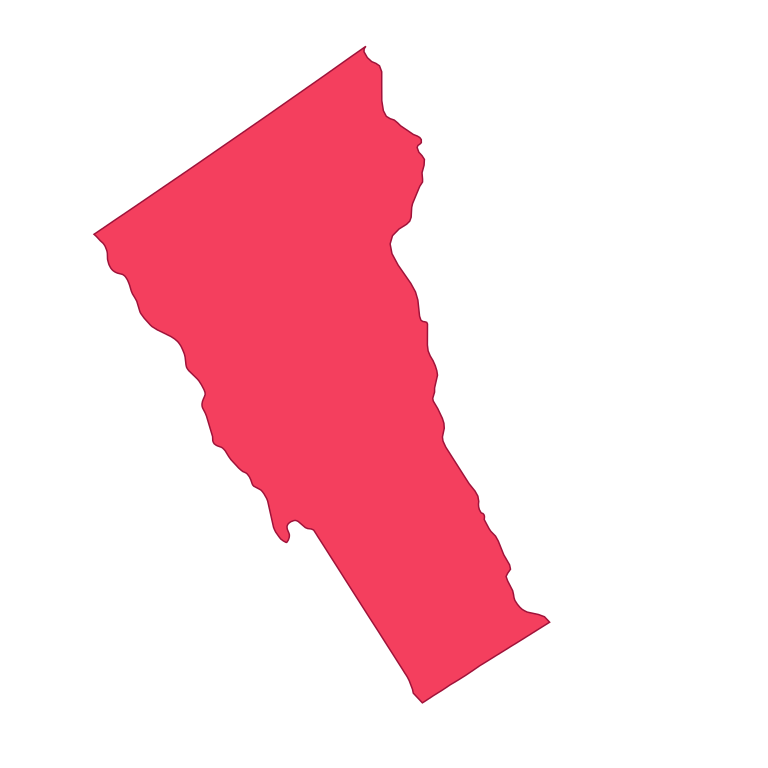 the State of Vermont, rotated 326°
{"feature_id": "USA-3540", "entity_name": "Vermont", "entity_type": "State", "adm_level": 1, "iso_a3": "USA", "parent_name": "United States of America", "parent_adm1": "", "projection": "orthographic", "projection_center": [-72.807, 43.872], "detail": "fine", "context": "isolated", "style": "filled", "palette": "rose", "viewbox_px": 768, "rotation_deg": 326, "n_neighbors": 0, "source": "natural_earth", "source_scale": "10m", "svg_char_len": 3652}
<svg xmlns="http://www.w3.org/2000/svg" viewBox="0 0 768 768"><g transform="rotate(326 384 384)"><path d="M227.3,97.7L236.6,97.7L254.5,97.6L272.3,97.6L290.2,97.5L308.1,97.4L325.9,97.3L343.8,97.2L361.6,97.0L379.5,96.8L397.4,96.6L415.2,96.4L433.1,96.2L450.9,95.9L468.8,95.6L486.6,95.3L504.5,95.0L522.4,94.6L540.2,94.2L557.8,93.9L555.0,95.0L553.2,97.4L552.7,104.1L554.1,109.9L556.6,113.7L558.2,117.7L556.7,123.9L548.8,135.6L540.6,147.9L536.3,157.1L535.6,163.4L537.5,167.5L540.1,170.9L541.4,175.4L542.1,179.1L547.9,193.6L550.3,197.1L551.5,199.7L551.6,202.2L549.9,204.8L547.8,205.2L545.5,205.2L543.7,206.5L542.5,211.4L543.2,216.0L543.1,220.4L539.6,225.0L533.6,230.2L530.5,235.8L528.9,238.1L524.2,240.1L508.6,250.4L505.7,253.1L499.8,260.9L496.4,263.4L492.1,264.2L483.2,263.9L474.0,265.8L467.4,271.3L463.5,280.4L462.2,293.3L462.5,315.6L461.6,325.3L459.0,333.4L451.4,347.7L450.3,351.7L451.1,353.8L452.7,355.3L453.9,356.8L453.6,358.6L441.8,375.9L439.1,381.2L438.0,386.5L437.7,392.1L436.7,397.6L435.2,402.6L433.3,406.6L423.7,415.6L421.4,419.0L416.4,423.1L415.3,425.7L414.8,434.5L413.2,445.1L411.7,450.1L409.2,454.4L402.8,460.6L401.0,464.3L399.9,470.9L398.8,514.2L399.6,523.7L399.1,529.5L396.9,534.3L395.0,536.6L393.7,538.9L392.8,541.5L392.5,544.8L392.7,545.5L393.1,546.0L393.6,546.7L393.8,548.2L393.4,549.7L392.5,551.0L391.3,552.4L390.2,562.8L390.2,565.9L391.4,572.5L390.9,578.2L387.8,592.5L387.0,604.1L385.3,608.3L380.8,610.0L377.6,611.8L376.4,616.3L375.1,627.3L373.7,630.9L372.4,633.6L371.5,636.5L371.4,641.1L371.8,645.1L372.5,648.0L373.6,650.4L375.2,653.2L383.2,661.5L386.9,666.7L388.1,674.1L378.9,673.8L369.8,673.5L360.7,673.2L351.5,672.9L342.4,672.5L333.2,672.2L324.1,671.8L314.9,671.5L305.8,671.1L297.9,671.2L288.8,671.2L279.6,670.9L270.7,670.4L261.5,670.4L250.7,670.0L239.5,669.9L237.5,669.8L235.4,656.7L236.9,653.0L239.0,644.1L239.5,640.0L239.6,637.2L239.6,635.4L239.8,630.1L240.0,621.9L240.3,611.3L240.6,598.7L241.0,584.7L241.3,569.7L241.7,554.2L242.1,538.8L242.5,523.8L242.9,509.7L243.2,497.2L243.5,486.6L243.7,478.4L243.8,473.1L243.9,471.2L244.0,465.7L242.7,463.6L240.9,462.0L240.0,461.3L238.5,459.1L236.0,450.0L235.2,448.6L234.1,447.4L232.8,446.8L229.9,446.1L228.5,446.1L227.2,446.2L226.0,446.5L224.9,447.1L223.9,447.9L223.2,449.1L222.6,450.4L221.7,454.8L221.2,456.2L220.4,457.3L219.5,458.3L217.5,459.8L215.5,460.7L214.8,460.9L214.4,460.7L214.0,460.2L212.7,457.6L211.7,454.7L211.5,451.6L211.4,446.1L211.8,443.3L212.3,441.0L222.1,416.0L222.7,413.3L223.1,407.9L223.0,405.3L222.7,403.3L222.2,402.1L218.9,395.9L218.7,394.4L218.9,392.9L220.0,388.9L220.5,385.6L220.4,383.6L220.3,382.0L219.9,380.8L219.4,379.8L218.0,377.6L217.3,375.5L216.5,372.3L214.8,361.2L214.7,357.4L215.0,350.5L214.7,348.3L214.3,346.6L213.8,345.5L211.4,342.3L210.6,340.9L209.8,338.6L209.9,336.9L210.3,335.3L212.5,331.7L218.9,311.3L219.6,307.9L220.2,302.6L220.6,301.1L221.2,299.9L222.0,298.7L223.8,296.9L225.9,295.4L228.0,294.1L229.9,292.7L230.9,290.9L231.6,288.1L232.2,282.7L232.3,277.8L232.0,275.2L229.6,263.8L229.5,261.8L229.6,260.0L230.1,258.5L230.7,257.1L234.2,250.4L235.3,247.4L236.2,243.2L236.8,239.5L236.9,237.1L236.8,234.7L236.6,233.2L235.6,229.5L233.9,225.5L226.3,212.3L223.8,206.7L223.3,204.6L222.0,195.4L221.8,189.8L221.9,188.4L222.3,186.8L225.3,177.2L225.6,174.2L225.9,168.5L226.5,165.5L228.2,160.3L228.8,158.0L229.5,154.4L229.6,152.2L229.6,150.5L229.4,149.2L229.0,148.1L228.5,146.9L225.1,143.1L224.3,141.9L223.5,140.5L222.7,138.3L222.4,136.6L222.3,135.0L222.6,132.1L222.9,130.6L224.0,127.4L224.6,125.9L227.7,121.0L228.5,119.3L229.1,117.2L229.8,113.9L229.9,111.9L229.8,110.2L228.9,106.5L228.0,100.6L227.3,97.7Z" fill="#f43f5e" stroke="#9f1239" stroke-width="1.5"/></g></svg>